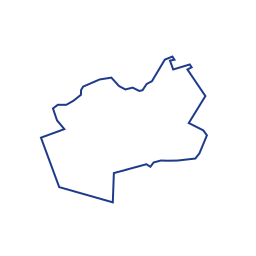 Karaulbazar, Bukhoro, Uzbekistan (Robinson projection), rotated 32°
{"feature_id": "79887680B6404412845327", "entity_name": "Karaulbazar", "entity_type": "district", "adm_level": 2, "iso_a3": "UZB", "parent_name": "Uzbekistan", "parent_adm1": "Bukhoro", "projection": "robinson", "projection_center": [64.77, 39.381], "detail": "fine", "context": "isolated", "style": "outline", "palette": "blue", "viewbox_px": 256, "rotation_deg": 32, "n_neighbors": 0, "source": "geoboundaries", "source_scale": "gbopen_adm2", "svg_char_len": 647}
<svg xmlns="http://www.w3.org/2000/svg" viewBox="0 0 256 256"><g transform="rotate(32 128 128)"><path d="M54.0,151.2L63.7,159.1L74.6,162.7L59.3,182.3L101.0,214.6L154.5,199.1L139.9,173.7L162.8,149.0L167.5,149.0L168.0,143.6L173.2,138.1L178.9,134.8L187.2,129.4L201.3,118.2L202.0,111.6L198.8,92.4L193.1,90.1L176.9,91.6L176.7,59.9L147.4,46.9L149.8,42.8L146.7,41.4L135.3,54.4L127.9,48.6L131.2,45.5L127.8,43.9L123.0,50.5L123.5,75.6L120.5,80.8L120.3,88.2L118.0,90.6L110.6,91.3L105.3,96.7L98.1,97.2L87.2,94.1L78.2,101.9L68.0,116.7L68.1,120.7L70.5,124.8L67.3,133.8L63.4,141.0L56.2,145.5L54.0,151.2Z" fill="none" stroke="#1e3a8a" stroke-width="2"/></g></svg>